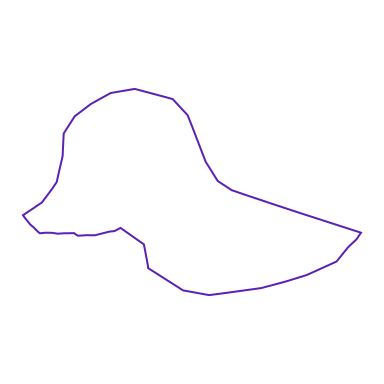 Irepo, Oyo, Nigeria
{"feature_id": "59680162B43339423021624", "entity_name": "Irepo", "entity_type": "district", "adm_level": 2, "iso_a3": "NGA", "parent_name": "Nigeria", "parent_adm1": "Oyo", "projection": "albers", "projection_center": [3.871, 9.032], "detail": "fine", "context": "isolated", "style": "outline", "palette": "violet", "viewbox_px": 384, "rotation_deg": 0, "n_neighbors": 0, "source": "geoboundaries", "source_scale": "gbopen_adm2", "svg_char_len": 847}
<svg xmlns="http://www.w3.org/2000/svg" viewBox="0 0 384 384"><path d="M23.0,215.2L25.5,218.7L28.1,221.8L30.2,224.5L34.0,227.7L37.6,231.4L39.9,233.3L45.9,232.7L51.7,232.8L58.0,233.7L63.7,233.3L71.7,233.2L74.0,233.1L75.3,234.1L78.0,235.7L82.1,235.5L86.4,235.2L94.9,235.3L109.4,231.6L114.2,231.1L115.0,230.8L120.5,227.9L143.9,244.4L145.9,254.8L147.8,265.0L148.2,268.2L183.1,290.4L209.1,295.1L223.2,293.3L261.0,288.1L285.4,281.6L306.5,275.1L336.6,261.5L348.1,247.2L356.4,239.4L361.0,232.7L310.8,216.5L299.0,212.7L270.8,203.4L243.7,194.3L231.8,190.2L217.8,181.1L210.3,169.1L205.7,161.9L192.7,128.0L187.7,115.3L172.7,99.1L165.9,97.2L157.6,95.0L134.7,88.9L110.7,93.0L100.4,98.7L99.3,99.3L90.7,104.1L74.7,116.3L63.7,133.5L62.8,152.1L62.7,155.8L58.7,173.0L56.7,182.1L52.0,189.0L41.9,202.5L23.0,215.2Z" fill="none" stroke="#5b21b6" stroke-width="2"/></svg>